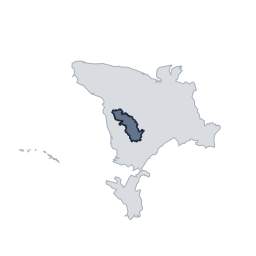 India, with Chhattisgarh highlighted, rotated 118°
{"feature_id": "IND-3260", "entity_name": "Chhattisgarh", "entity_type": "State", "adm_level": 1, "iso_a3": "IND", "parent_name": "India", "parent_adm1": "", "projection": "albers", "projection_center": [82.048, 20.958], "detail": "fine", "context": "in_parent", "style": "filled", "palette": "slate", "viewbox_px": 256, "rotation_deg": 118, "n_neighbors": 0, "source": "natural_earth", "source_scale": "10m", "svg_char_len": 8427}
<svg xmlns="http://www.w3.org/2000/svg" viewBox="0 0 256 256"><g transform="rotate(118 128 128)"><path d="M48.3,109.4L51.4,109.1L51.9,107.0L57.5,108.3L61.4,107.1L62.6,108.3L64.4,107.4L62.8,99.6L60.7,99.2L59.9,97.9L60.4,94.3L57.1,92.6L57.4,90.4L62.5,85.3L64.5,87.3L70.4,86.2L73.2,81.6L76.3,80.1L79.2,74.9L81.5,74.0L82.1,72.0L86.1,68.6L85.6,67.7L85.9,63.9L90.1,61.7L89.6,60.8L86.8,59.9L86.8,58.4L85.1,58.2L84.9,56.9L83.4,55.6L84.3,53.8L83.5,52.5L84.9,51.2L83.2,50.4L83.6,49.5L82.7,48.6L83.7,47.0L85.4,46.4L92.6,48.3L97.2,47.1L103.5,42.8L104.8,42.9L104.6,44.3L106.1,48.1L109.4,50.0L108.1,51.6L108.4,54.7L110.1,56.7L110.5,60.6L108.9,61.5L107.8,60.0L106.2,60.4L107.9,63.8L107.9,67.6L109.8,67.2L111.8,69.7L115.2,70.9L115.4,72.2L119.8,74.7L116.5,77.3L114.7,82.7L124.2,88.5L128.7,89.7L129.0,90.6L132.0,91.5L136.4,90.7L139.2,91.8L139.6,93.4L142.7,95.1L144.4,94.5L145.7,95.9L157.7,96.9L158.6,94.8L157.5,92.4L158.2,87.4L160.5,86.4L161.7,86.9L161.6,89.9L162.4,91.1L161.6,91.9L163.9,94.0L167.3,94.6L170.4,93.3L172.6,93.9L179.4,93.0L179.7,90.3L177.0,88.9L177.1,87.6L182.0,86.6L185.5,81.8L188.1,81.0L192.5,77.2L196.7,78.5L199.9,75.8L201.8,76.8L200.6,77.9L200.8,78.9L202.3,77.9L203.2,79.6L201.8,81.8L203.5,81.4L207.5,82.5L207.7,84.2L205.5,86.5L206.9,89.2L204.8,88.1L201.9,88.8L196.5,93.3L196.8,96.6L194.1,101.2L195.0,102.8L192.3,110.1L187.8,109.3L188.4,115.0L187.3,115.6L187.6,120.5L186.3,122.1L185.2,121.3L184.5,122.2L182.0,112.0L180.2,112.1L178.7,116.5L177.6,115.2L177.0,115.9L176.0,113.0L176.9,109.9L179.7,109.1L180.9,107.7L181.4,104.8L182.7,104.3L180.3,103.1L171.5,103.7L168.1,103.0L167.8,99.1L166.9,97.5L166.3,98.8L165.4,98.9L163.3,96.5L162.3,97.5L159.8,95.7L160.2,96.9L158.3,99.9L163.3,103.5L160.6,104.0L158.3,107.5L162.3,109.5L161.5,113.2L162.5,115.7L163.7,116.0L164.8,125.3L163.6,124.8L163.1,125.8L162.3,122.6L162.1,125.4L160.4,124.8L159.5,125.6L159.8,122.5L158.3,121.2L159.6,122.7L158.5,124.5L153.8,126.6L152.5,128.3L153.2,131.5L152.0,133.9L150.0,135.8L149.2,135.6L149.1,136.5L145.4,137.8L145.0,136.7L143.6,137.5L143.2,138.5L144.7,138.3L140.9,141.4L137.1,146.5L127.1,153.8L126.5,157.1L123.6,158.5L120.8,158.4L119.0,161.9L117.1,161.1L115.0,162.2L113.6,166.0L114.9,175.6L114.1,174.2L113.5,174.8L115.1,176.3L111.1,188.6L112.0,189.3L111.9,194.5L108.7,194.9L106.4,199.0L106.8,200.4L109.2,201.2L106.6,200.7L103.1,201.6L101.7,202.9L100.8,205.9L97.4,207.6L94.7,206.1L91.7,202.5L90.4,199.2L90.0,196.4L91.2,198.7L90.6,196.4L87.2,187.7L82.8,180.3L80.0,168.5L77.6,164.9L77.1,161.3L76.3,160.9L74.5,156.3L72.6,142.9L73.4,140.7L73.3,139.9L72.4,140.9L72.3,140.3L72.4,138.9L73.4,139.1L72.3,138.5L71.8,135.7L73.4,130.6L72.1,126.3L72.8,125.7L72.1,125.8L75.0,124.2L71.8,124.3L72.7,122.7L71.7,122.6L72.0,121.5L73.4,121.1L69.9,120.7L70.4,121.8L69.0,123.4L70.1,125.2L68.6,127.4L62.8,129.6L59.8,128.7L52.0,119.3L52.5,118.5L53.7,119.5L58.8,118.1L60.8,115.1L56.1,116.8L53.7,116.0L50.6,113.7L49.5,111.3L51.7,109.8L48.5,111.1L48.3,109.4ZM189.5,185.2L188.2,183.3L189.6,181.1L189.6,174.2L190.7,173.0L189.9,176.7L190.7,179.1L190.0,179.8L189.5,185.2ZM198.0,210.3L198.2,213.2L197.1,211.7L198.0,210.3ZM188.6,191.2L187.8,191.3L187.6,190.1L188.5,189.1L188.6,191.2ZM194.9,205.9L194.9,206.7L194.7,206.0L194.9,205.9ZM195.8,204.7L195.5,205.8L195.5,204.6L195.8,204.7ZM197.1,209.3L196.8,210.2L196.6,209.9L197.1,209.3ZM191.0,199.3L190.4,199.4L190.7,198.9L191.0,199.3ZM189.3,185.7L188.8,186.2L189.0,185.4L189.3,185.7ZM191.1,182.1L191.4,182.9L190.7,182.3L191.1,182.1ZM193.4,204.6L192.9,204.5L193.1,204.1L193.4,204.6ZM189.0,176.8L188.8,177.7L188.9,176.7L189.0,176.8Z" fill="#d9dde1" stroke="#a8b0b8" stroke-width="1"/><path d="M131.1,112.4L131.6,112.3L131.8,112.2L132.0,111.9L132.0,111.6L132.3,111.4L132.4,111.0L132.7,111.1L133.1,111.2L133.4,111.4L133.5,111.5L133.5,111.9L133.6,112.1L133.7,112.3L134.5,113.1L134.7,113.5L134.6,113.8L134.7,114.2L134.8,114.3L135.0,114.4L135.3,114.4L135.7,114.5L135.7,114.4L135.7,114.2L136.0,114.0L136.1,114.3L136.2,114.5L135.9,115.0L135.9,115.6L136.0,115.7L136.3,115.6L136.4,116.0L136.4,116.5L136.3,116.8L136.3,117.0L136.7,117.4L136.8,117.9L136.9,118.0L137.0,118.0L137.0,117.8L137.4,117.9L137.7,117.9L138.0,118.0L138.1,118.3L138.2,118.5L138.0,118.8L137.7,119.1L137.3,119.7L136.8,120.1L136.5,120.1L136.4,120.3L136.2,120.4L136.1,120.8L136.2,121.1L136.2,121.3L136.2,121.5L135.9,121.8L135.4,121.9L134.7,122.5L134.1,122.7L133.8,123.2L133.7,123.4L133.8,123.6L133.6,123.8L133.5,124.2L133.6,124.3L133.9,124.5L133.8,124.8L133.8,125.0L133.6,125.1L133.5,125.3L133.4,125.2L133.2,125.6L132.6,126.6L132.5,127.1L132.5,127.3L132.8,127.6L132.9,127.9L132.8,128.0L132.7,128.1L132.4,127.9L132.2,127.9L132.1,128.1L132.1,128.3L132.0,128.6L131.8,129.1L131.7,129.3L131.1,129.4L130.9,129.3L130.7,129.2L129.7,129.2L129.3,129.2L128.7,129.2L128.7,129.3L128.7,129.5L128.5,130.0L128.2,130.4L128.1,130.5L127.9,130.6L127.6,131.0L127.4,131.1L127.3,130.9L127.1,130.8L127.0,131.7L127.1,132.1L127.0,132.9L127.1,133.2L127.2,133.4L127.3,133.5L127.4,133.4L127.4,133.5L127.4,134.2L127.4,134.4L127.5,135.1L127.4,135.6L127.4,135.8L127.7,135.9L127.8,136.1L128.2,136.1L128.5,136.3L128.7,136.2L129.0,136.2L129.0,136.4L128.9,136.8L129.1,137.1L128.7,137.4L128.4,137.6L128.3,137.2L128.0,137.1L127.7,137.0L127.1,136.9L127.0,137.0L126.8,137.3L126.7,137.2L126.3,136.4L126.2,136.3L125.9,136.2L125.5,135.9L125.4,135.9L125.3,136.1L125.1,136.1L125.1,135.9L124.8,135.6L124.7,135.6L124.4,135.8L124.0,136.4L124.0,136.5L124.1,136.8L124.6,137.1L124.8,137.4L125.1,137.5L125.2,138.1L125.2,138.4L125.2,138.7L125.2,139.2L125.4,139.3L125.6,139.6L125.9,139.7L126.0,139.8L125.8,140.1L126.0,140.4L125.9,140.7L125.9,140.9L126.0,141.3L125.9,141.5L126.1,141.7L126.2,141.9L126.3,142.2L126.3,142.8L126.1,142.9L126.0,143.0L125.9,143.5L125.8,143.8L125.6,143.7L125.4,144.0L125.0,144.1L124.8,144.2L124.7,144.4L124.5,144.5L124.7,144.9L124.4,145.1L124.1,145.4L123.8,145.7L123.5,146.2L123.1,146.3L123.0,146.6L122.7,146.7L122.4,146.7L122.2,147.1L122.3,147.4L122.2,147.8L122.0,148.0L122.0,148.4L122.0,148.6L121.9,148.8L121.8,149.1L121.7,149.1L121.5,149.3L121.5,149.5L120.6,149.5L120.1,149.3L119.5,149.7L119.4,149.7L119.2,149.5L119.1,149.3L119.1,148.5L118.9,148.2L118.9,147.9L119.0,147.5L119.0,147.4L118.9,147.4L118.5,147.5L118.4,147.4L118.4,147.1L118.2,147.0L118.1,147.3L117.8,147.3L117.7,147.2L117.9,146.9L117.8,146.5L117.6,145.9L117.3,145.6L116.9,145.0L116.4,144.7L116.2,144.6L115.9,144.7L115.7,144.6L115.4,144.4L115.3,144.1L115.1,143.9L115.1,144.0L115.0,143.8L115.0,143.7L115.5,143.4L115.5,143.1L115.2,142.7L115.1,142.3L115.2,142.1L115.5,141.7L115.9,140.7L116.1,140.6L116.3,140.2L116.5,140.1L116.7,139.9L116.9,139.9L117.0,140.2L117.1,140.3L117.5,140.3L117.7,140.7L117.9,140.4L118.3,140.2L118.2,139.9L118.5,139.7L118.7,139.4L118.6,139.2L118.4,139.0L118.2,138.9L117.9,138.7L117.6,138.6L117.5,138.1L117.4,138.1L116.9,137.8L116.7,137.3L116.4,137.4L116.4,137.6L116.1,137.5L115.9,137.5L115.9,137.4L116.0,137.3L116.3,137.2L116.3,136.9L116.0,136.8L116.1,136.6L116.5,136.7L116.8,135.9L116.6,135.3L116.0,135.3L116.0,135.2L116.1,134.7L116.7,134.5L117.0,134.3L117.2,134.2L117.1,133.7L117.1,133.4L117.3,133.1L117.2,132.9L117.2,132.5L116.9,132.4L116.6,132.6L116.5,132.4L116.9,132.1L116.9,131.9L116.8,131.4L116.8,130.6L116.7,130.5L116.4,130.5L116.2,130.3L116.2,130.1L116.3,129.3L116.4,129.1L116.8,128.8L117.3,128.6L117.5,128.4L117.6,128.0L117.8,127.2L117.8,126.5L117.9,125.8L117.9,125.6L118.0,125.5L118.3,125.4L118.4,125.2L118.5,125.0L118.5,124.3L118.9,123.5L118.9,123.4L119.0,123.4L119.1,123.5L119.3,123.7L119.3,123.3L119.5,123.3L119.6,122.8L119.7,122.6L119.9,122.5L120.1,122.3L120.1,121.6L120.3,121.2L120.5,121.1L120.6,121.3L121.0,121.2L121.3,121.0L121.6,121.1L121.7,121.3L121.8,121.4L122.4,120.9L122.8,120.8L123.0,120.7L123.2,120.4L123.5,120.1L123.7,119.7L123.8,119.5L123.8,119.0L123.8,118.9L124.3,118.7L124.7,118.3L124.7,118.2L124.7,117.9L124.7,117.7L124.8,117.7L125.1,117.6L125.4,117.4L125.5,117.4L125.8,117.3L125.9,117.1L125.9,116.7L126.1,116.2L125.7,115.8L125.6,115.7L125.3,115.8L125.2,115.8L125.2,115.6L124.6,115.0L124.5,114.9L124.2,114.9L123.7,114.7L123.1,115.0L122.8,114.6L122.9,114.4L122.9,114.2L123.1,114.1L123.3,113.8L123.3,113.7L123.0,113.1L122.9,113.0L123.0,112.8L122.9,112.7L123.0,112.6L123.3,112.6L123.6,113.0L123.8,113.1L124.0,113.2L124.7,112.9L125.1,112.9L125.5,113.1L126.2,113.1L126.5,113.2L127.3,113.2L127.8,113.3L128.0,113.3L128.2,113.1L128.6,112.9L128.7,112.6L129.3,112.3L129.4,112.0L129.5,111.9L129.7,112.0L130.0,112.3L130.4,112.4L130.8,112.4L131.1,112.4Z" fill="#64748b" stroke="#1e293b" stroke-width="1.5"/></g></svg>